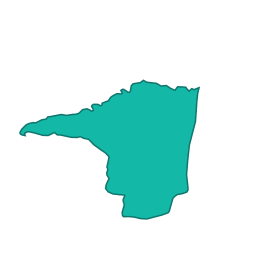 outline of Gadzi, Mambéré-Kadéï, Central African Republic, rotated 126°
{"feature_id": "33826404B47432472160828", "entity_name": "Gadzi", "entity_type": "district", "adm_level": 2, "iso_a3": "CAF", "parent_name": "Central African Republic", "parent_adm1": "Mambéré-Kadéï", "projection": "robinson", "projection_center": [16.692, 4.858], "detail": "fine", "context": "isolated", "style": "filled", "palette": "teal", "viewbox_px": 256, "rotation_deg": 126, "n_neighbors": 0, "source": "geoboundaries", "source_scale": "gbopen_adm2", "svg_char_len": 2107}
<svg xmlns="http://www.w3.org/2000/svg" viewBox="0 0 256 256"><g transform="rotate(126 128 128)"><path d="M166.2,199.4L169.0,199.5L172.0,202.5L178.2,205.7L179.3,207.8L181.9,210.2L184.9,212.1L188.1,212.7L191.5,213.2L193.9,213.0L195.2,212.7L196.1,211.7L196.1,211.0L195.8,209.5L195.3,208.2L194.6,206.8L194.1,207.7L192.5,208.4L190.0,207.0L188.6,204.6L186.8,200.3L184.0,192.6L181.0,188.2L177.6,186.3L174.9,184.9L175.1,181.1L173.4,178.6L168.8,168.3L165.5,163.5L163.1,161.6L162.3,157.6L160.3,153.2L161.6,145.7L161.6,138.3L161.5,134.9L161.4,131.7L162.4,126.5L164.7,125.3L168.5,123.6L172.0,122.1L172.6,120.9L174.4,119.4L176.4,119.1L178.4,117.4L180.0,113.6L182.4,113.2L186.7,112.3L190.1,110.6L191.3,106.6L190.6,103.1L190.1,101.2L188.5,98.6L187.2,96.1L185.9,94.1L184.5,91.7L184.7,90.8L186.9,90.3L188.9,89.8L190.2,88.7L191.4,86.8L193.1,85.5L194.3,85.1L199.7,83.1L202.1,80.9L202.4,79.6L201.0,77.7L199.0,75.0L196.5,70.8L193.9,64.6L190.5,59.3L178.3,49.3L172.9,45.7L170.8,45.8L162.2,49.0L158.6,50.3L156.1,50.1L152.8,49.0L149.1,45.4L145.3,42.8L142.9,43.0L140.5,44.9L131.2,53.3L117.9,61.4L105.8,68.3L83.0,77.3L66.6,87.6L58.6,92.2L53.6,94.2L56.5,96.1L58.2,97.0L58.4,98.7L58.8,99.6L60.4,99.9L61.7,100.1L62.3,100.3L62.3,100.7L61.9,102.0L61.8,103.2L61.1,105.2L62.0,106.8L65.4,112.0L67.2,112.2L68.6,112.1L69.8,112.0L70.9,116.7L71.1,121.9L74.7,126.1L75.1,131.1L80.0,139.9L80.4,143.6L84.1,144.7L86.4,147.1L89.3,149.9L92.1,150.1L94.0,149.1L95.6,148.4L96.3,147.9L97.9,147.7L98.7,148.4L99.0,149.0L99.2,153.9L99.9,155.2L101.4,155.8L101.9,155.8L102.5,154.1L102.9,153.6L103.5,153.0L104.7,153.8L105.8,155.7L106.9,157.2L108.1,157.8L110.1,158.9L111.5,159.4L112.5,159.8L113.7,160.0L116.3,160.0L117.2,159.7L123.1,163.5L123.7,163.3L124.1,162.8L124.9,162.6L125.2,162.6L126.3,163.7L126.3,164.6L126.7,166.5L129.2,169.9L130.6,170.3L131.1,170.4L131.9,170.2L132.2,169.7L132.4,168.9L132.9,167.9L133.4,166.9L133.6,166.7L134.2,166.5L134.6,166.6L135.7,167.1L135.7,167.6L136.0,170.0L136.6,172.5L139.8,175.5L144.8,176.3L147.6,178.3L149.3,180.5L153.9,185.1L156.3,189.9L164.4,197.5L166.2,199.4Z" fill="#14b8a6" stroke="#0f766e" stroke-width="1.5"/></g></svg>